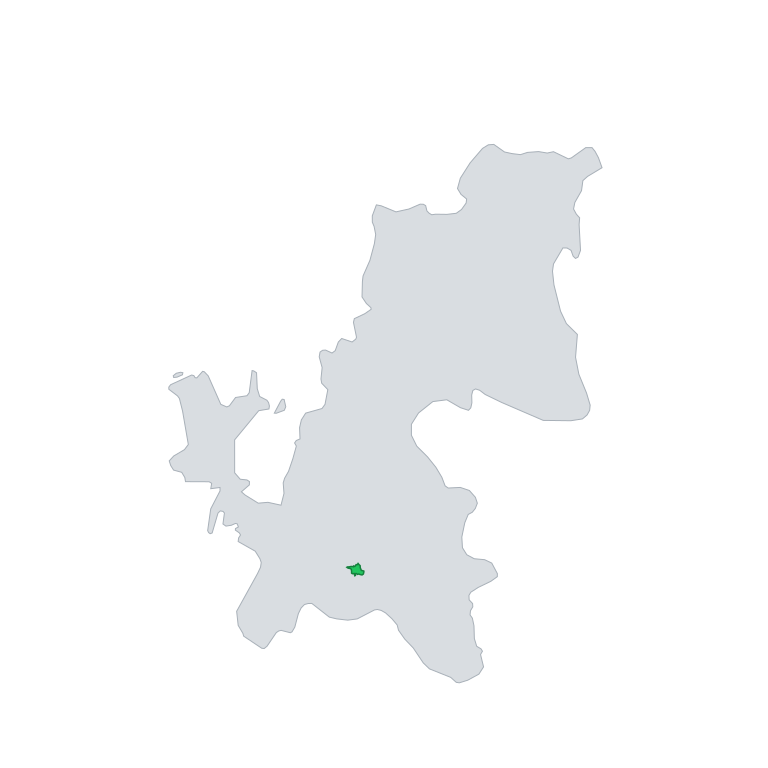 Tajikistan, with Dushanbe highlighted, rotated 288°
{"feature_id": "TJK-5491", "entity_name": "Dushanbe", "entity_type": "Independent City", "adm_level": 1, "iso_a3": "TJK", "parent_name": "Tajikistan", "parent_adm1": "", "projection": "orthographic", "projection_center": [68.769, 38.564], "detail": "fine", "context": "in_parent", "style": "filled", "palette": "green", "viewbox_px": 768, "rotation_deg": 288, "n_neighbors": 0, "source": "natural_earth", "source_scale": "10m", "svg_char_len": 4276}
<svg xmlns="http://www.w3.org/2000/svg" viewBox="0 0 768 768"><g transform="rotate(288 384 384)"><path d="M122.6,544.9L125.6,538.1L127.1,515.3L130.9,507.5L142.0,493.4L147.8,482.6L154.3,473.9L158.9,471.0L163.2,464.1L166.8,456.2L167.8,451.3L167.5,447.4L166.2,444.8L152.3,431.1L148.2,422.5L146.0,411.6L145.4,404.0L153.0,383.2L151.8,379.7L149.7,376.5L145.4,374.4L139.2,373.5L125.2,374.3L119.8,373.1L118.5,371.8L117.9,362.3L116.6,360.2L114.3,358.4L98.5,353.8L95.4,351.8L94.9,349.4L100.8,328.5L103.2,326.9L109.4,319.9L122.3,314.1L164.6,322.3L171.6,323.2L176.3,322.4L179.5,320.0L185.2,313.2L189.1,294.0L192.6,293.3L196.1,294.2L197.7,292.4L199.1,287.8L200.6,287.4L203.1,289.7L205.7,287.5L205.4,285.7L202.5,282.5L200.0,277.6L201.1,274.1L212.0,272.1L213.1,270.3L212.7,267.5L209.9,266.0L189.2,266.6L187.9,264.9L188.5,263.1L190.1,261.6L211.7,257.8L231.6,261.1L234.9,260.0L230.9,251.6L236.3,250.8L237.0,247.9L229.8,225.4L233.6,223.4L237.5,218.9L237.1,210.5L240.5,206.4L244.5,203.5L250.6,206.3L259.9,214.5L266.0,216.6L296.0,200.8L307.0,193.9L308.9,191.3L312.5,181.0L314.6,180.3L317.4,181.3L333.1,198.3L333.2,200.6L331.6,202.4L332.0,204.1L340.0,207.6L340.1,209.3L337.4,214.3L314.2,235.1L313.6,241.6L315.5,243.7L325.3,247.0L330.5,257.3L334.1,258.5L356.0,254.4L356.2,256.1L355.3,259.3L340.4,264.9L333.7,269.6L332.4,277.6L330.7,279.9L327.7,281.8L324.7,282.3L319.9,273.1L284.7,259.2L253.4,269.4L249.0,276.7L250.4,283.3L249.6,286.2L246.4,287.1L237.4,281.7L235.4,286.5L231.8,301.2L235.6,310.2L236.9,323.5L249.0,322.7L258.8,318.7L263.7,318.6L271.4,320.2L284.8,320.4L297.9,319.8L300.3,317.2L303.1,318.0L305.8,321.1L316.4,317.2L324.3,316.5L332.1,318.5L341.5,332.6L346.4,334.2L361.3,332.3L365.5,324.5L369.3,322.5L380.5,320.1L389.8,314.0L394.6,313.3L397.1,315.2L398.2,317.9L397.4,325.0L400.6,327.3L409.8,327.6L414.2,329.7L414.1,340.7L418.0,343.3L420.0,343.4L433.2,335.9L437.0,335.6L444.9,344.0L451.1,348.7L452.6,347.9L455.1,342.4L460.0,336.2L474.8,331.8L480.3,330.7L497.3,332.4L514.5,331.5L523.6,329.9L530.8,325.9L534.3,322.9L540.3,320.9L552.0,321.4L552.6,326.3L551.4,342.2L558.1,353.6L566.2,362.8L567.1,365.9L566.5,368.5L561.9,371.3L560.4,374.1L559.7,377.1L561.4,380.5L564.8,391.5L568.7,400.0L573.9,403.8L581.5,406.2L585.5,405.4L588.1,398.7L592.6,393.5L603.3,393.0L621.0,397.6L638.5,404.9L643.7,409.3L645.8,414.4L641.9,426.9L642.7,434.7L644.3,442.9L648.6,448.9L652.8,459.2L654.1,467.9L657.3,473.4L655.1,489.7L656.9,492.3L671.1,502.8L673.1,508.8L670.4,512.9L665.5,518.0L657.1,524.5L644.4,513.5L638.9,510.3L628.9,512.1L615.6,509.4L609.0,510.2L605.0,514.4L602.5,518.7L595.9,520.3L571.8,529.6L564.6,529.3L562.6,527.3L564.0,524.4L568.9,520.6L569.9,516.1L568.7,512.1L550.6,508.1L543.3,509.4L530.8,515.0L507.8,529.4L497.8,538.8L490.9,552.6L468.6,557.9L453.5,566.3L438.0,579.4L427.6,586.6L422.5,587.7L417.3,586.7L412.1,583.5L406.8,573.0L398.6,546.7L402.8,501.7L405.3,483.5L407.6,476.9L407.6,472.6L405.3,470.5L400.6,470.8L393.3,473.4L388.2,473.9L385.1,472.5L385.1,464.0L388.4,448.6L382.4,435.9L367.1,425.8L354.2,422.5L343.7,425.9L335.0,434.4L328.1,448.0L320.8,459.1L313.2,467.8L306.0,473.6L304.9,477.2L309.2,488.5L309.1,498.1L304.5,505.9L299.5,509.6L293.8,509.3L289.3,507.6L286.0,504.4L277.0,503.7L262.5,505.3L252.5,509.2L247.2,515.5L245.7,523.8L248.0,534.0L247.0,541.8L238.7,550.4L235.8,551.3L229.4,546.6L219.6,536.4L212.8,530.9L209.2,530.1L205.0,531.7L202.6,536.1L199.5,537.3L195.1,536.3L191.0,537.2L188.6,540.4L181.8,544.3L169.8,548.6L163.2,553.2L162.1,558.1L160.3,560.2L156.6,559.4L145.7,566.1L137.4,563.9L128.2,555.2L123.1,548.0L122.6,544.9ZM338.4,293.8L332.0,297.6L328.2,297.3L322.9,290.6L322.4,288.7L335.6,291.0L338.1,291.9L338.4,293.8ZM332.6,189.2L330.5,189.5L326.6,185.1L325.2,182.0L326.7,181.0L330.0,183.1L332.3,186.9L332.6,189.2Z" fill="#d9dde1" stroke="#a8b0b8" stroke-width="1"/><path d="M198.2,405.3L198.8,405.9L199.3,407.3L200.1,408.7L200.6,410.0L200.8,411.5L201.6,411.5L201.5,412.6L202.3,413.0L203.6,413.3L204.0,414.5L205.3,414.8L204.4,416.2L203.9,417.4L201.8,418.3L199.7,420.1L199.9,421.7L199.8,422.7L198.4,423.0L196.9,423.1L195.6,422.1L195.4,420.0L195.5,418.7L194.7,417.5L195.2,416.4L194.8,415.3L193.1,416.0L192.6,415.5L194.5,414.1L193.8,412.5L194.1,411.6L195.7,411.1L197.7,410.1L198.1,409.0L197.8,407.3L197.9,406.0L198.2,405.3Z" fill="#22c55e" stroke="#15803d" stroke-width="1.5"/></g></svg>